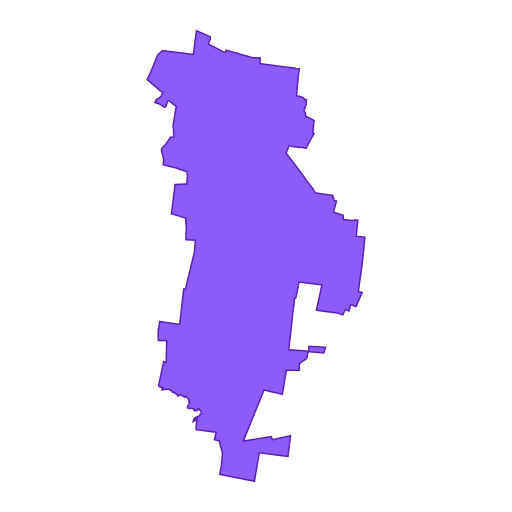 Tzucacab, Quintana Roo, Mexico (Mercator projection)
{"feature_id": "50627088B84672530546512", "entity_name": "Tzucacab", "entity_type": "district", "adm_level": 2, "iso_a3": "MEX", "parent_name": "Mexico", "parent_adm1": "Quintana Roo", "projection": "mercator", "projection_center": [-89.047, 19.921], "detail": "fine", "context": "isolated", "style": "filled", "palette": "violet", "viewbox_px": 512, "rotation_deg": 0, "n_neighbors": 0, "source": "geoboundaries", "source_scale": "gbopen_adm2", "svg_char_len": 5944}
<svg xmlns="http://www.w3.org/2000/svg" viewBox="0 0 512 512"><path d="M323.9,352.9L325.5,347.3L308.9,346.3L308.9,348.2L308.7,348.8L308.7,349.1L309.1,351.2L300.4,350.6L298.0,350.4L295.9,350.3L291.6,349.9L288.6,349.7L288.9,347.2L289.2,344.9L289.4,343.3L289.4,343.1L289.6,341.8L290.6,334.1L291.7,323.5L292.0,320.3L293.2,309.9L293.5,307.8L293.8,305.1L294.4,299.7L294.4,299.2L294.5,298.5L295.6,298.3L296.1,296.6L297.0,292.4L297.4,290.6L298.1,286.5L298.9,282.7L299.0,282.0L299.5,281.9L299.7,282.0L306.0,282.9L311.0,283.5L316.5,284.2L321.9,284.9L320.7,290.3L320.1,293.2L319.6,295.6L318.5,300.8L318.2,302.1L317.2,306.2L316.4,310.2L320.3,310.8L325.7,311.5L337.8,313.1L342.7,314.9L345.4,309.5L348.9,311.1L350.7,304.6L356.0,306.6L362.2,292.5L358.4,291.6L360.0,279.2L360.7,274.6L362.0,265.3L363.0,256.3L363.5,252.0L363.6,250.6L364.7,238.6L364.8,237.2L362.2,236.9L359.0,236.6L356.2,236.3L357.4,223.9L357.9,220.2L354.6,219.9L353.8,220.6L343.4,219.5L343.2,215.3L333.5,212.1L336.5,201.0L335.9,201.0L335.1,200.8L334.6,200.7L333.5,199.8L333.7,197.6L332.8,197.3L332.7,195.3L324.3,194.2L320.2,193.6L315.5,192.9L314.5,192.0L314.4,191.3L313.5,189.6L312.0,187.5L306.7,180.8L303.7,176.4L297.9,168.5L293.8,163.1L290.8,159.3L286.1,153.0L288.5,147.2L289.1,145.5L292.8,146.7L296.5,146.9L298.3,147.2L299.8,147.6L301.6,147.3L302.6,147.5L303.0,147.4L303.3,147.5L304.5,147.9L306.1,148.2L308.3,144.0L310.3,140.1L312.0,137.2L314.1,133.6L312.7,133.2L313.3,128.1L313.6,125.1L313.9,121.5L314.1,120.6L309.7,118.0L307.9,117.3L305.7,116.7L305.6,113.6L304.4,111.5L304.1,110.2L304.2,109.8L304.8,108.3L305.7,106.0L306.1,104.9L306.4,99.5L304.5,99.7L304.5,99.3L303.6,97.7L300.0,96.5L296.5,95.8L296.6,94.5L296.8,92.4L296.9,92.1L296.9,91.6L297.4,85.7L297.6,83.5L297.8,81.5L298.0,79.4L298.0,78.9L298.1,78.1L298.1,77.8L298.1,77.4L298.2,77.1L298.3,76.9L298.3,76.4L298.3,76.1L298.4,75.8L298.4,75.3L298.6,73.9L299.1,69.9L299.1,69.6L299.2,68.6L298.7,68.6L298.4,68.8L297.9,69.0L297.1,68.9L296.7,68.8L296.2,68.6L295.7,68.4L295.4,68.3L294.7,68.1L292.8,67.8L292.0,67.7L291.5,67.7L291.0,67.6L289.1,67.4L288.4,67.3L287.5,67.2L286.5,67.3L285.9,67.1L260.0,63.6L260.1,62.5L260.1,57.8L258.7,57.8L257.9,57.8L252.6,57.7L252.2,57.6L249.1,56.7L246.5,55.9L245.6,55.7L244.2,55.3L243.5,55.0L240.9,54.3L240.0,54.1L239.4,53.9L235.6,52.8L234.6,52.6L231.6,51.7L230.7,51.4L229.2,51.0L228.8,50.9L226.1,50.2L225.8,52.2L225.7,52.5L223.7,51.9L222.6,51.5L219.5,49.9L218.4,49.2L217.1,48.5L215.7,47.8L215.2,47.5L213.5,46.6L212.4,46.0L211.7,45.9L210.6,45.4L209.9,45.0L209.3,44.5L209.2,44.3L208.8,43.7L208.8,43.2L208.8,42.7L208.9,42.3L208.9,41.7L209.0,41.5L209.2,41.3L209.5,40.9L209.9,40.1L210.1,39.6L210.2,39.0L210.2,37.9L210.4,36.9L207.8,35.7L206.6,35.2L196.5,30.7L195.9,35.1L193.3,54.4L162.5,50.6L157.7,54.9L150.2,73.3L148.7,76.3L147.2,79.6L161.1,91.5L163.0,92.7L163.0,92.8L162.8,93.2L162.2,94.1L161.3,96.1L161.1,96.5L160.7,96.8L160.1,97.2L159.9,97.4L159.6,97.6L159.3,97.8L159.0,98.0L158.5,98.4L158.1,98.6L157.9,98.7L157.7,98.7L157.3,98.9L156.8,99.2L156.4,99.6L156.3,99.9L156.0,100.3L155.9,100.6L155.7,101.3L155.4,101.7L155.0,102.1L154.8,102.5L158.9,103.8L159.9,104.2L160.5,104.6L161.7,105.1L161.8,105.3L162.3,105.9L162.5,106.1L164.5,107.1L164.9,107.2L165.1,107.2L166.0,106.2L166.3,105.8L166.4,105.6L166.4,105.4L166.8,103.5L166.9,103.2L167.0,102.8L167.3,102.1L167.8,101.1L168.0,100.6L168.5,100.7L168.9,100.8L169.4,101.0L176.6,106.8L175.8,108.6L173.7,121.9L173.0,125.4L173.6,130.6L173.8,137.3L170.7,137.0L166.7,143.0L165.3,144.8L164.6,145.3L161.8,148.4L161.4,149.2L161.6,151.7L162.9,155.6L163.7,160.3L163.1,164.7L169.3,166.3L172.5,167.1L176.7,168.1L180.9,169.9L183.0,170.3L184.0,170.7L185.9,171.3L187.0,171.5L187.1,172.3L187.2,173.7L187.3,175.1L187.4,175.6L187.4,176.2L187.0,180.5L187.0,181.4L186.9,182.3L186.8,183.0L186.8,183.7L186.8,184.0L175.0,184.5L171.5,213.8L172.0,213.9L173.2,214.3L174.3,214.6L174.7,214.7L175.2,214.8L175.5,215.0L177.6,215.6L178.9,216.0L180.0,216.4L180.6,216.6L181.5,216.8L181.9,217.0L183.1,217.3L183.4,217.4L183.8,217.4L184.5,217.8L185.3,218.0L185.7,218.2L185.7,219.5L185.7,220.1L185.8,221.0L185.8,221.8L185.9,222.8L186.0,224.4L186.1,224.8L186.1,225.2L186.2,226.4L186.3,227.2L186.3,228.2L186.3,229.4L186.2,230.0L186.2,230.7L186.0,235.1L186.0,236.2L185.9,237.7L185.8,238.3L185.8,239.7L187.3,239.8L188.7,239.9L192.8,240.1L194.4,240.2L195.4,240.2L195.4,240.8L195.3,241.5L195.2,242.8L195.2,243.3L195.1,243.7L194.8,246.7L194.7,247.9L194.7,248.3L194.3,252.5L185.4,289.2L183.7,289.0L179.7,324.4L159.7,321.5L158.1,331.5L158.3,340.6L166.7,340.5L166.2,362.4L163.6,361.6L161.9,369.8L158.6,385.6L159.6,386.9L162.9,387.6L161.9,389.8L168.3,389.1L169.4,389.3L170.0,390.1L171.3,390.8L171.9,390.9L171.8,391.3L172.5,392.3L174.1,392.0L174.5,393.2L175.2,393.1L177.0,394.6L177.9,396.2L180.7,394.6L181.6,395.3L185.0,397.4L185.8,396.5L186.8,397.1L187.1,397.6L188.7,399.4L188.7,401.0L189.4,401.3L189.5,402.9L189.0,403.5L188.5,405.2L187.5,406.4L187.4,407.7L188.6,408.5L189.1,408.1L192.4,408.7L193.9,408.5L194.0,410.3L195.1,410.9L196.0,410.4L197.2,410.6L198.1,408.7L199.1,408.7L199.5,410.1L200.5,410.5L201.1,411.7L201.4,413.4L200.6,414.2L198.6,416.5L197.3,416.5L196.8,417.3L195.5,417.4L194.0,419.1L193.3,421.0L193.2,421.6L196.8,419.1L196.5,421.7L196.0,429.6L216.1,432.3L214.4,439.7L219.1,440.8L222.5,453.1L221.3,466.3L219.7,474.4L254.4,481.3L259.3,452.8L288.0,456.5L288.7,450.3L290.5,435.6L288.8,436.2L288.1,436.2L272.5,439.7L271.1,436.6L243.4,441.1L245.0,436.9L257.4,406.3L264.0,390.0L269.7,391.4L271.9,391.9L273.4,392.2L277.3,393.1L279.7,393.7L280.1,393.8L280.8,394.0L281.1,394.1L281.7,394.2L282.3,394.4L282.6,392.9L282.8,391.6L283.1,390.0L284.1,384.0L285.0,378.5L285.4,376.0L285.6,374.7L285.9,373.3L286.0,372.6L286.2,371.3L286.3,370.3L288.4,370.3L288.8,370.3L289.4,370.3L290.7,370.3L291.3,370.3L292.5,370.3L293.7,370.3L294.9,370.3L299.5,370.2L299.2,368.6L299.2,367.6L299.3,366.2L299.4,363.7L301.8,361.9L306.7,358.5L308.1,351.7L316.7,352.3L321.5,352.8L323.9,352.9Z" fill="#8b5cf6" stroke="#5b21b6" stroke-width="1.5"/></svg>